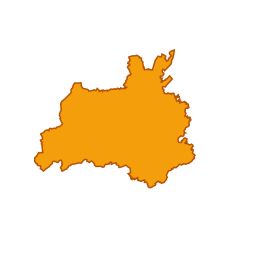 outline of Tho Xuan, Thanh Hóa, Vietnam, rotated 42°
{"feature_id": "81297802B55629975533372", "entity_name": "Tho Xuan", "entity_type": "district", "adm_level": 2, "iso_a3": "VNM", "parent_name": "Vietnam", "parent_adm1": "Thanh Hóa", "projection": "equal_earth", "projection_center": [105.491, 19.926], "detail": "fine", "context": "isolated", "style": "filled", "palette": "amber", "viewbox_px": 256, "rotation_deg": 42, "n_neighbors": 0, "source": "geoboundaries", "source_scale": "gbopen_adm2", "svg_char_len": 5796}
<svg xmlns="http://www.w3.org/2000/svg" viewBox="0 0 256 256"><g transform="rotate(42 128 128)"><path d="M58.4,130.0L58.4,132.0L60.0,135.9L59.8,137.4L61.7,139.3L62.1,140.1L61.7,148.2L61.2,151.0L61.2,153.3L61.4,154.3L62.2,155.4L66.2,159.2L67.7,163.3L68.6,164.5L71.0,165.4L71.1,166.6L76.4,168.7L76.6,169.0L76.6,170.6L76.2,172.7L74.5,175.1L74.7,176.7L73.4,177.4L71.9,179.6L70.5,180.2L70.3,180.7L70.2,181.7L71.0,182.8L69.6,183.2L69.1,183.7L68.2,185.7L68.3,187.3L67.7,189.5L67.1,190.4L67.2,191.0L70.1,191.9L71.7,193.1L71.8,193.9L71.1,195.7L71.8,196.1L72.5,196.0L73.1,196.4L74.0,196.2L74.0,197.5L74.7,198.0L76.0,198.1L76.3,199.1L76.9,199.3L78.0,200.7L81.1,203.1L81.1,203.6L80.3,203.8L79.1,205.6L78.1,206.0L78.8,209.2L78.7,210.1L79.0,210.6L78.7,211.4L78.7,212.7L80.1,214.0L80.7,215.2L83.5,215.9L84.4,215.2L85.3,216.1L86.0,216.2L88.3,214.7L89.6,215.8L90.1,216.9L91.6,216.4L93.8,216.7L94.3,214.8L94.3,213.5L95.3,209.5L95.1,208.3L95.5,205.3L94.7,204.2L94.7,202.9L95.4,202.1L99.0,200.5L98.8,198.1L99.6,196.8L102.3,197.5L102.3,198.2L102.7,199.0L103.6,199.2L104.5,202.8L105.9,202.9L107.2,204.2L107.9,204.1L108.4,203.1L109.1,200.7L109.9,199.4L109.6,198.2L109.8,197.6L109.4,196.0L110.0,195.0L110.7,192.3L112.6,190.2L114.4,187.3L116.6,185.6L116.8,184.5L116.6,181.5L117.2,180.0L118.3,179.1L118.9,179.2L119.6,180.2L120.4,179.7L122.3,179.5L122.7,177.3L123.2,176.8L126.8,177.0L127.9,178.0L129.9,178.0L133.6,174.5L135.5,174.1L136.2,172.9L135.5,171.1L135.5,170.2L136.9,168.9L137.4,167.5L138.0,167.5L137.7,166.1L137.8,165.0L138.2,164.6L138.8,164.6L139.6,166.1L140.1,166.1L140.8,164.0L142.4,161.9L142.8,161.7L143.3,162.7L143.9,163.0L146.0,162.2L147.7,163.4L149.4,161.0L151.3,157.0L154.6,156.9L156.2,156.5L157.7,157.4L159.9,159.7L158.6,161.8L159.7,162.1L160.5,161.8L161.5,162.4L162.0,161.7L162.6,162.1L163.7,163.5L163.9,163.0L163.3,162.5L163.6,162.1L164.4,162.5L164.6,163.0L164.2,163.1L164.2,163.3L165.0,163.8L165.8,163.3L166.1,162.8L166.2,161.2L167.5,161.8L168.0,160.2L167.8,159.6L168.4,158.4L170.0,160.2L170.5,159.8L171.2,160.0L171.9,159.3L173.3,159.0L174.9,155.7L175.6,155.8L176.4,157.3L177.0,157.2L178.1,155.9L179.7,156.4L180.2,157.0L181.4,157.3L181.9,158.0L182.4,158.1L183.6,158.1L184.8,157.0L185.3,156.1L185.5,154.6L186.5,152.5L186.2,151.3L185.4,151.1L185.8,149.2L185.4,148.4L185.7,147.7L186.5,147.1L187.6,147.5L188.1,146.4L189.7,146.8L191.2,144.4L190.9,140.3L190.2,139.1L190.3,138.5L188.4,137.5L188.0,137.0L186.7,132.7L187.8,131.5L188.2,130.5L188.2,129.7L187.7,129.1L188.7,128.6L188.4,126.5L190.3,125.4L190.7,120.3L192.6,119.7L192.7,118.7L193.3,118.0L193.4,117.2L194.0,116.7L194.9,116.5L195.6,115.6L196.0,114.4L196.9,113.4L196.9,111.6L197.4,111.1L197.6,109.9L197.2,106.9L197.6,106.8L197.5,105.8L196.2,105.0L196.2,103.6L195.0,103.3L193.5,103.6L192.4,103.2L191.5,101.1L191.0,100.6L190.4,100.9L190.0,101.9L189.2,101.8L188.9,101.0L189.1,100.5L188.8,100.4L189.0,100.0L188.4,99.3L188.6,97.8L187.0,97.4L185.9,97.6L185.5,98.7L185.0,99.4L182.3,100.0L180.7,101.3L180.3,100.9L180.3,100.2L180.8,99.7L181.6,99.8L180.9,98.5L180.0,98.7L179.2,96.7L177.4,97.1L177.4,97.5L176.6,97.8L176.7,100.6L176.2,101.4L176.4,101.9L177.0,102.1L177.1,103.2L175.7,104.5L175.2,104.6L174.4,104.3L172.8,103.0L172.2,102.1L172.5,98.7L174.2,97.6L174.5,96.4L173.2,94.0L173.9,93.2L172.6,93.4L171.7,92.8L171.4,92.1L171.2,90.5L170.7,89.6L171.7,86.2L171.7,85.1L169.1,82.5L169.0,81.8L169.5,80.9L169.2,79.8L168.8,79.5L167.9,80.0L167.1,78.6L166.2,79.0L166.1,80.2L165.5,80.8L165.1,80.7L164.5,79.6L164.0,79.4L163.7,80.4L162.2,81.1L161.2,78.3L159.2,77.8L158.8,76.6L158.0,75.8L157.8,74.9L158.0,74.2L159.2,73.5L159.4,71.8L158.2,72.0L157.9,70.9L157.1,70.1L156.2,70.1L155.2,71.5L154.8,71.1L154.5,70.1L153.8,70.1L153.1,70.9L152.3,70.5L151.8,72.0L150.8,72.6L149.9,74.5L149.0,72.8L148.6,72.9L148.2,73.9L147.8,73.7L147.2,71.7L146.9,71.7L146.9,74.0L147.2,74.8L146.3,75.2L145.1,75.0L143.8,73.7L142.7,73.9L142.8,73.5L144.2,72.6L144.8,71.3L145.5,70.7L145.2,70.3L144.1,70.5L143.3,69.7L143.2,70.2L143.5,70.6L143.0,70.7L143.3,71.5L141.7,73.2L139.6,72.1L139.5,71.8L138.6,71.7L137.6,72.8L137.5,74.0L136.9,73.7L136.7,74.0L136.2,74.0L135.5,75.0L134.2,75.2L134.1,76.4L131.8,77.9L131.2,77.4L129.7,77.1L129.2,75.6L128.5,75.3L127.6,75.9L126.1,74.2L126.5,73.6L128.2,72.6L128.0,70.2L128.1,62.0L124.1,61.4L124.0,65.2L123.3,67.2L123.7,67.5L122.2,70.3L122.6,71.2L122.2,71.8L121.4,71.1L121.8,70.2L121.7,69.6L120.2,69.6L120.0,68.1L118.7,69.2L117.6,68.4L117.6,67.7L118.9,66.1L118.6,63.9L118.2,63.5L117.2,63.4L116.5,63.7L115.9,63.4L114.5,61.3L115.4,60.6L116.9,60.9L117.2,51.8L117.0,51.1L115.2,48.7L114.6,46.0L113.6,44.6L113.6,44.0L110.2,39.1L108.5,42.3L108.3,44.0L108.5,44.5L109.3,45.1L111.8,45.3L111.7,49.3L112.6,50.6L111.9,52.6L109.7,51.5L108.9,51.9L108.1,49.5L107.0,49.4L103.8,50.3L105.3,52.7L102.3,54.6L103.1,59.8L107.3,68.5L105.8,69.8L105.0,69.8L104.4,70.9L103.8,71.0L103.6,70.6L101.3,73.8L99.4,72.2L98.9,72.8L98.5,72.0L95.7,70.2L95.0,69.0L92.8,68.9L91.3,67.1L89.5,68.2L89.3,67.5L86.4,67.9L85.9,68.1L85.0,69.5L82.8,71.8L81.1,74.7L82.3,75.5L83.3,75.5L83.6,76.2L84.5,76.7L84.2,79.6L84.6,80.1L85.2,80.1L86.4,79.4L86.8,79.5L87.2,80.2L86.5,81.8L87.1,83.3L89.5,83.8L92.9,85.6L94.1,85.8L94.2,87.7L93.5,87.8L93.2,88.4L93.2,90.8L94.5,91.8L94.7,94.2L95.9,95.4L95.6,97.3L95.8,98.6L96.2,99.3L97.6,98.9L98.2,99.7L99.7,98.8L99.4,101.0L98.2,101.3L97.0,103.0L95.8,103.0L96.1,103.9L95.6,104.3L95.5,105.2L94.7,105.0L93.6,105.4L93.2,107.2L92.7,107.2L92.2,108.0L91.4,108.2L91.0,109.3L90.2,109.8L89.9,110.4L89.2,110.5L88.8,112.4L88.3,113.4L87.9,113.4L88.1,114.1L87.5,114.0L86.4,114.9L85.7,116.1L84.6,116.2L84.4,116.6L84.6,117.5L83.8,116.9L83.1,117.9L82.6,120.0L82.3,120.1L81.8,119.3L78.7,119.2L79.2,121.4L79.0,121.7L77.2,122.3L76.7,123.6L75.5,125.3L74.1,126.9L72.9,126.3L71.9,126.5L68.5,128.4L67.2,128.7L65.3,128.0L62.8,125.8L60.6,128.4L58.4,130.0Z" fill="#f59e0b" stroke="#b45309" stroke-width="1.5"/></g></svg>